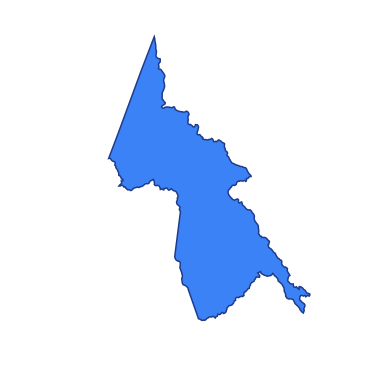 Curionópolis, Pará, Brazil (Natural Earth projection), rotated 155°
{"feature_id": "56859067B21950547487547", "entity_name": "Curionópolis", "entity_type": "district", "adm_level": 2, "iso_a3": "BRA", "parent_name": "Brazil", "parent_adm1": "Pará", "projection": "natural_earth1", "projection_center": [-49.678, -6.25], "detail": "fine", "context": "isolated", "style": "filled", "palette": "blue", "viewbox_px": 384, "rotation_deg": 155, "n_neighbors": 0, "source": "geoboundaries", "source_scale": "gbopen_adm2", "svg_char_len": 6011}
<svg xmlns="http://www.w3.org/2000/svg" viewBox="0 0 384 384"><g transform="rotate(155 192 192)"><path d="M160.6,348.7L187.6,322.6L234.2,276.3L253.4,257.6L252.3,257.4L251.7,256.4L251.5,255.0L251.0,253.7L250.2,252.8L249.3,252.1L249.3,250.8L250.6,249.0L250.2,247.7L250.7,246.2L250.2,243.1L250.4,241.9L250.3,240.5L251.3,238.0L250.3,236.7L250.2,235.4L250.4,233.6L249.3,232.9L249.6,231.7L250.6,231.4L251.4,231.9L251.6,230.9L252.1,229.9L253.1,229.2L254.6,228.9L255.7,228.3L254.6,227.8L253.2,227.9L252.2,227.3L251.7,226.3L251.6,225.2L250.5,225.0L250.3,223.2L249.7,222.1L249.3,221.0L248.0,220.8L247.0,219.2L246.0,219.1L242.9,220.1L239.5,219.5L238.2,218.5L236.5,218.6L235.0,218.2L233.0,218.5L231.8,219.0L230.7,219.0L229.5,218.7L228.3,218.1L227.3,218.2L225.8,219.3L224.5,219.7L223.4,219.5L221.7,219.8L221.7,218.3L222.1,216.2L223.0,214.8L222.6,213.4L221.2,212.7L220.0,212.4L219.2,211.2L219.2,209.3L219.6,207.7L218.1,207.6L217.6,206.6L216.7,205.8L215.9,207.0L214.8,206.5L213.8,206.5L213.0,206.0L212.7,204.4L212.1,203.3L209.2,203.7L208.8,202.1L207.9,200.7L206.7,199.9L206.2,198.6L206.1,195.2L206.7,193.5L207.9,192.8L208.3,191.4L210.3,189.4L210.7,187.3L209.7,185.1L209.3,183.1L210.8,181.7L210.9,180.3L210.7,179.2L235.0,140.7L235.3,139.0L235.2,137.2L234.3,135.6L232.8,134.4L232.5,133.3L232.9,131.9L235.0,128.4L235.3,124.2L235.7,121.8L236.3,119.5L238.0,117.7L239.3,113.5L239.2,111.7L238.1,110.6L237.0,109.1L236.2,106.8L236.6,105.2L239.7,74.3L238.7,73.7L238.3,72.8L237.5,71.8L236.7,71.1L235.4,70.8L234.3,70.3L233.3,70.5L232.1,71.0L231.3,71.2L230.3,71.1L229.3,71.5L228.1,71.1L227.4,70.5L225.9,70.5L225.1,70.2L224.2,68.0L222.8,68.8L221.6,68.8L220.2,70.3L219.5,69.7L218.6,69.2L217.2,69.5L215.5,70.2L214.6,68.4L212.5,68.6L211.5,69.4L209.8,71.2L209.4,72.1L207.3,73.0L206.1,73.2L203.6,72.7L202.9,73.2L201.8,73.4L199.6,75.4L198.4,75.3L197.9,76.6L197.1,77.4L195.9,77.6L194.2,76.5L193.1,77.0L192.1,76.5L190.9,76.7L190.2,75.8L188.6,76.3L188.3,77.4L187.7,78.4L186.9,79.2L185.8,78.9L182.7,80.3L181.6,80.6L180.8,80.5L179.5,82.4L178.6,82.8L177.7,84.0L176.5,84.6L173.6,84.9L172.6,85.8L171.3,86.5L169.7,87.9L166.9,86.2L166.0,87.6L166.2,88.9L166.6,90.9L163.5,90.9L163.8,89.3L162.8,87.6L161.7,86.2L159.1,83.6L157.9,83.7L156.2,83.0L154.5,83.3L153.1,84.1L152.4,80.9L151.3,78.7L151.0,77.1L151.5,74.8L150.5,73.0L149.3,69.8L149.4,68.6L149.2,66.3L149.6,64.8L150.4,62.8L150.2,61.6L150.4,59.9L151.1,57.9L150.9,56.0L150.4,55.1L149.7,54.2L147.8,53.5L145.9,52.0L145.7,49.9L145.8,47.4L144.3,43.7L143.8,41.9L143.7,40.8L143.8,39.6L143.4,38.6L143.3,37.3L142.3,35.3L141.6,35.9L140.3,37.3L140.1,38.9L138.4,40.3L137.5,41.5L137.4,42.9L138.9,45.8L139.6,47.9L139.9,49.3L138.7,51.1L137.4,52.2L135.8,51.7L135.0,50.6L133.3,50.6L133.2,49.0L130.7,49.4L129.9,48.1L129.1,48.5L128.3,49.6L129.5,51.1L130.8,52.3L130.8,53.4L131.0,55.1L131.8,56.2L132.5,58.8L134.2,60.8L135.3,60.7L135.3,59.6L136.1,58.6L137.0,60.1L137.4,62.0L138.8,62.0L139.7,62.7L139.6,64.7L139.1,65.9L140.6,66.4L141.8,67.7L142.1,69.0L142.8,70.5L142.4,71.8L141.0,73.8L139.5,75.1L138.6,75.0L138.6,76.0L138.9,78.2L139.0,79.8L138.8,80.9L138.0,81.9L138.0,82.8L139.0,84.5L139.9,84.7L141.0,86.9L141.1,88.8L140.8,89.7L140.0,90.9L139.9,92.3L141.1,93.7L141.3,94.8L142.0,95.5L142.6,98.5L142.5,100.3L142.7,101.8L143.6,103.1L144.0,105.9L144.5,107.1L145.9,109.3L145.3,112.0L144.4,112.2L143.9,113.2L143.0,113.9L142.7,114.8L143.3,115.8L143.6,117.1L144.5,119.3L145.4,120.2L146.3,120.4L147.2,121.3L148.0,121.5L148.0,122.6L149.0,123.5L148.9,124.7L149.4,126.0L148.2,127.9L147.2,130.6L146.9,131.7L146.3,133.1L146.3,134.8L147.3,139.0L146.9,141.8L145.9,143.1L145.5,144.7L145.6,146.5L146.3,148.1L146.1,149.3L146.8,151.2L148.9,152.2L149.6,153.1L150.2,154.4L150.5,156.1L151.8,159.2L151.4,160.2L151.2,162.0L152.3,162.1L153.7,161.9L154.2,163.3L153.5,164.4L153.1,165.6L154.0,166.6L156.0,166.7L157.0,166.6L158.5,168.4L158.6,169.6L159.2,170.6L159.8,173.1L159.8,175.3L159.4,176.6L158.8,177.6L158.1,178.2L157.1,178.7L156.2,178.9L155.5,179.6L154.4,179.8L152.7,180.9L151.5,180.7L150.7,180.0L149.8,179.9L148.7,180.2L147.4,181.8L145.3,182.3L144.4,181.7L143.5,181.9L142.6,181.1L140.7,180.2L139.9,180.5L139.1,179.9L138.8,178.9L137.9,179.2L136.9,181.2L136.0,180.8L135.0,180.8L133.9,181.5L132.9,181.5L131.9,181.1L131.7,182.2L132.6,184.4L133.0,188.3L132.8,189.3L132.9,190.3L133.3,191.4L135.1,192.7L135.7,193.7L137.6,195.0L139.2,196.8L139.9,197.2L140.5,198.0L141.3,198.6L141.8,199.6L143.1,201.0L143.7,201.9L143.9,203.9L143.9,205.3L144.2,206.6L144.0,207.8L144.1,208.8L144.6,209.5L144.8,210.5L144.3,211.3L143.6,211.9L143.1,212.9L143.4,213.9L144.0,215.1L144.2,216.1L143.6,217.4L143.7,218.7L143.3,219.9L142.1,221.9L142.5,223.0L143.3,223.6L143.8,224.6L144.2,225.7L144.9,226.6L145.4,227.6L146.2,228.0L148.4,227.1L149.0,227.9L150.0,227.9L150.9,228.4L151.1,229.4L150.8,230.4L151.0,231.4L151.5,232.3L152.5,232.0L153.4,231.9L154.2,232.4L156.3,232.7L157.8,234.0L158.7,234.3L159.5,235.1L160.0,236.0L159.2,236.4L159.5,237.6L160.1,238.5L160.7,240.7L162.5,241.4L162.8,242.5L162.3,243.6L161.5,244.6L160.7,245.3L158.6,248.1L158.5,249.4L158.7,250.6L159.6,251.2L160.4,251.6L161.2,250.7L162.1,250.1L163.0,250.1L163.6,250.8L163.8,251.8L164.9,253.9L165.8,254.1L166.5,254.9L166.5,256.0L166.3,257.1L165.5,258.2L164.8,258.8L164.6,260.0L164.6,260.9L163.9,261.6L163.5,262.6L162.6,262.9L161.8,263.8L161.7,265.1L161.9,266.1L162.3,267.1L163.2,267.7L164.5,267.5L165.8,267.8L166.7,268.7L167.7,269.1L170.5,271.3L171.7,273.0L172.2,274.2L172.0,276.4L172.8,277.0L174.0,276.9L174.9,277.0L176.9,278.6L178.7,279.7L180.7,280.2L182.5,279.9L183.2,280.5L183.6,282.1L182.5,282.8L179.4,283.1L178.5,284.1L179.1,285.7L179.2,287.4L179.7,289.0L178.9,290.7L177.0,294.6L174.3,296.8L172.1,299.3L171.2,302.1L170.9,304.3L170.3,305.5L169.5,306.6L168.0,307.9L167.5,309.0L167.4,310.2L167.6,311.7L168.5,316.4L169.8,317.0L170.2,318.2L169.3,318.8L168.3,322.0L167.0,322.9L166.0,323.2L165.3,324.4L164.6,326.1L166.7,327.8L167.3,329.7L166.9,331.1L164.9,334.2L164.5,335.5L164.3,337.2L163.5,338.7L162.4,341.6L161.9,344.1L161.5,345.5L161.0,346.5L160.6,348.7Z" fill="#3b82f6" stroke="#1e3a8a" stroke-width="1.5"/></g></svg>